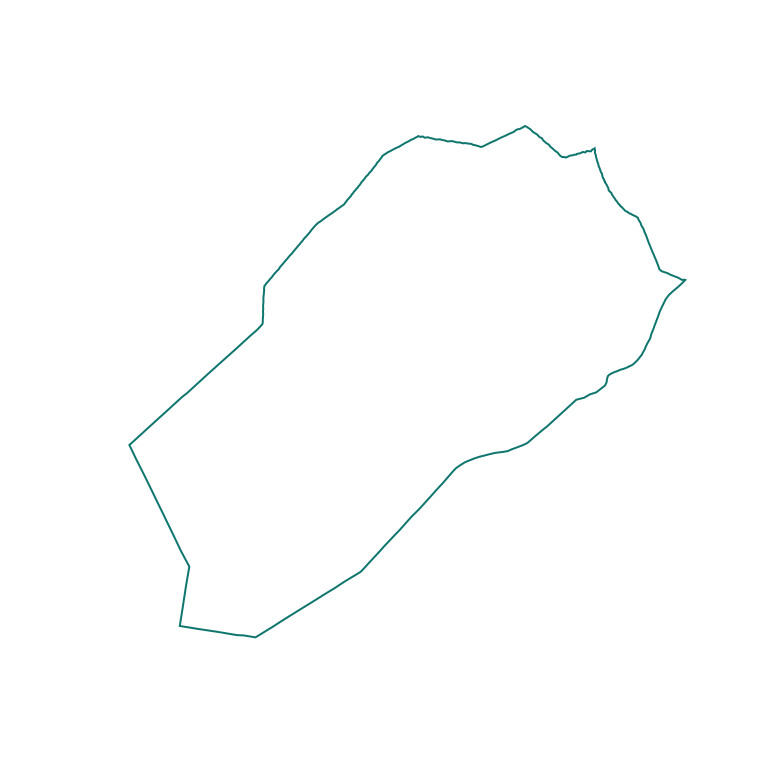 Koungheul, Kaffrine, Senegal (Natural Earth projection), rotated 225°
{"feature_id": "50182788B42114348275286", "entity_name": "Koungheul", "entity_type": "district", "adm_level": 2, "iso_a3": "SEN", "parent_name": "Senegal", "parent_adm1": "Kaffrine", "projection": "natural_earth1", "projection_center": [-14.806, 14.237], "detail": "fine", "context": "isolated", "style": "outline", "palette": "teal", "viewbox_px": 768, "rotation_deg": 225, "n_neighbors": 0, "source": "geoboundaries", "source_scale": "gbopen_adm2", "svg_char_len": 5706}
<svg xmlns="http://www.w3.org/2000/svg" viewBox="0 0 768 768"><g transform="rotate(225 384 384)"><path d="M244.5,670.6L245.1,670.4L246.9,668.3L250.8,667.3L253.3,666.2L256.0,665.0L258.8,663.8L261.7,662.9L267.4,660.1L270.2,659.8L274.1,661.7L279.1,663.9L288.6,667.7L297.4,671.4L304.4,674.7L305.1,674.8L305.5,675.1L306.1,675.3L307.0,675.6L308.0,676.1L308.9,676.5L309.7,677.0L311.2,677.4L312.0,677.7L312.9,677.7L315.5,678.7L316.3,679.3L317.8,679.6L319.0,679.9L320.4,680.2L321.9,681.1L323.7,680.7L325.1,680.4L326.5,679.8L328.1,679.2L329.7,678.9L331.3,678.1L332.8,678.0L334.7,677.4L335.8,677.1L337.6,677.1L339.2,677.1L340.7,677.3L342.6,676.9L344.0,677.3L345.8,677.2L347.4,677.6L349.0,677.8L350.7,677.9L352.1,678.4L354.0,678.6L355.2,678.9L355.9,679.0L356.7,679.2L357.4,679.4L358.1,679.8L358.4,679.9L359.5,679.8L359.8,679.8L360.7,679.8L362.0,679.8L363.3,680.7L364.1,681.2L365.4,681.6L367.1,682.2L368.7,682.6L370.3,682.8L370.7,683.4L372.3,683.6L373.0,684.1L373.9,684.5L374.6,684.4L376.3,685.3L377.9,686.4L379.0,686.9L380.6,687.3L382.7,688.3L384.2,689.1L385.4,689.5L386.2,689.8L387.6,690.8L389.3,691.6L391.8,692.8L392.7,693.5L394.6,694.4L395.5,695.2L396.3,695.7L396.4,695.8L397.1,696.0L398.2,696.5L399.0,697.4L400.2,698.6L400.9,699.0L401.6,699.5L401.6,698.7L401.8,698.2L402.4,697.6L402.5,697.1L402.2,694.9L403.4,693.8L404.2,693.0L405.4,692.1L405.4,690.1L405.9,689.7L407.5,688.7L408.2,686.3L409.0,685.1L410.3,683.1L410.2,682.2L411.5,680.8L412.6,678.7L413.8,677.3L414.7,675.0L415.5,672.7L417.3,671.9L418.2,670.6L418.5,670.5L420.6,670.0L422.4,670.1L425.0,670.4L428.2,669.8L431.7,669.7L434.1,669.4L436.6,669.8L440.3,669.0L443.6,668.9L446.5,669.4L448.4,668.6L452.2,668.7L456.7,667.6L460.7,667.6L464.8,666.8L466.5,666.2L466.8,666.0L467.0,664.9L467.4,663.2L468.4,660.2L469.7,658.5L470.3,656.7L470.4,654.5L471.4,651.7L472.4,649.4L473.6,645.7L475.2,641.7L475.6,640.6L476.5,637.9L477.6,634.5L479.3,630.2L480.6,626.4L482.1,621.8L483.1,620.1L485.4,619.0L488.4,617.3L490.1,616.1L491.9,615.6L494.7,613.4L496.9,611.8L498.3,610.1L501.4,608.3L503.4,606.3L505.8,605.0L507.0,604.4L508.8,602.6L510.4,600.6L513.5,599.0L515.8,597.5L517.4,596.6L520.4,593.4L522.4,592.4L524.7,591.0L527.5,589.4L529.3,587.0L531.8,586.3L532.8,584.6L535.0,583.6L535.4,582.0L536.2,579.5L536.6,577.7L537.4,576.3L538.1,573.4L538.9,571.0L539.6,568.9L540.1,566.6L540.7,564.3L541.1,562.5L542.1,560.1L542.7,558.3L543.2,556.7L543.7,555.1L544.2,553.2L544.8,551.6L545.3,550.0L545.6,548.0L546.0,546.8L546.2,545.0L546.4,543.9L546.2,543.5L546.1,543.0L545.9,542.4L545.8,541.1L545.6,539.5L545.4,538.6L545.3,537.1L545.4,536.2L545.2,535.4L544.6,532.8L544.4,531.0L544.5,530.9L544.2,529.0L544.0,527.1L543.6,525.8L543.7,523.2L543.3,520.7L543.4,517.6L543.1,516.4L542.8,514.5L542.7,512.7L542.6,510.6L542.2,509.0L541.9,507.7L541.8,505.3L541.4,504.0L541.6,502.3L541.3,501.5L541.2,498.3L540.8,497.0L540.8,495.1L540.3,493.7L540.3,491.7L540.1,490.3L540.1,488.2L539.9,487.4L539.7,486.3L539.6,485.0L539.4,483.7L539.2,482.6L539.3,481.6L539.8,480.0L539.9,478.8L540.1,477.7L540.2,476.8L540.6,474.7L540.8,473.9L540.8,472.8L541.1,471.1L541.4,469.3L541.5,468.4L541.6,467.8L541.7,467.6L541.8,466.9L541.9,466.4L542.1,465.5L542.2,465.2L542.4,464.1L542.7,461.8L543.0,460.8L543.1,459.6L543.5,457.6L543.6,456.1L543.9,454.4L544.2,452.7L544.5,451.6L544.6,450.9L544.6,450.4L544.6,449.6L544.6,448.3L544.6,446.7L544.5,445.0L544.3,443.1L544.1,440.8L543.8,439.2L543.6,437.1L543.5,435.1L543.5,434.5L543.3,433.3L543.4,431.6L543.2,429.6L542.9,427.7L542.8,425.7L542.7,424.6L542.5,423.4L542.4,421.6L542.3,420.1L542.1,418.4L542.0,416.7L541.8,415.1L541.8,413.7L541.6,412.6L541.4,411.7L541.4,410.8L541.4,409.6L541.4,408.1L541.3,407.1L541.1,405.1L541.0,403.8L540.9,402.7L540.7,399.9L540.6,398.3L540.4,397.2L540.4,395.9L540.3,394.5L540.1,392.4L539.7,391.7L539.6,389.8L539.6,387.9L539.5,385.3L539.3,383.1L539.1,381.7L538.8,379.7L538.8,378.0L538.6,376.2L538.4,374.1L538.3,371.6L537.9,369.6L537.9,368.8L537.3,368.1L536.5,366.8L535.5,366.1L534.0,364.3L532.9,363.0L532.4,362.4L532.0,361.9L531.9,361.7L530.4,359.9L529.4,358.8L527.2,356.7L524.8,353.8L522.5,351.7L520.9,349.7L519.1,348.3L517.4,346.3L515.3,343.9L514.2,342.8L513.3,341.9L512.3,340.3L512.0,332.8L512.7,322.6L513.5,304.4L514.5,286.4L515.5,268.3L516.3,250.2L516.8,238.3L517.6,232.1L518.4,214.0L519.3,195.9L519.7,187.2L520.1,177.8L520.9,160.8L505.5,155.4L489.3,150.1L473.3,144.6L457.2,139.0L447.5,135.7L447.2,135.6L441.0,133.4L425.4,128.0L409.0,122.2L392.5,117.2L381.0,100.9L369.3,85.0L357.3,68.5L341.5,79.9L326.1,91.3L310.6,102.3L305.7,106.8L295.7,114.0L291.9,130.0L291.7,130.9L291.5,131.4L289.2,142.2L287.0,151.9L283.9,165.2L280.9,177.8L277.2,194.0L274.7,204.1L273.3,211.0L273.0,212.5L272.2,216.3L267.7,234.6L267.7,237.8L268.1,245.7L268.4,253.6L268.7,261.5L269.1,268.8L269.2,271.6L269.4,278.3L269.6,285.0L269.7,291.8L270.7,309.2L270.7,321.2L271.5,337.4L272.0,345.8L272.3,354.5L273.5,371.6L273.6,375.1L272.9,379.4L271.5,385.7L269.9,389.6L267.1,396.1L264.8,400.5L264.4,401.1L264.1,401.6L263.8,402.2L263.0,403.4L259.6,409.2L256.9,413.6L251.2,421.0L249.1,424.0L247.3,428.6L246.7,429.8L242.3,439.6L240.9,443.7L240.2,453.8L239.4,463.1L238.7,469.2L238.1,482.4L237.5,495.7L236.9,508.9L232.7,515.9L231.1,522.2L228.0,528.2L227.6,531.2L226.8,538.2L226.7,539.5L228.0,543.0L229.4,544.5L230.8,547.0L231.3,548.0L231.2,550.1L230.5,552.7L229.9,554.2L229.3,555.8L228.2,557.9L226.9,561.3L225.3,564.1L224.0,567.1L223.3,569.1L222.0,572.8L221.7,574.8L221.6,578.1L221.7,581.2L222.2,584.8L222.4,587.2L223.0,588.7L224.4,593.6L225.2,595.1L226.6,599.2L228.0,604.4L230.4,608.6L232.6,613.8L234.0,616.7L238.0,625.6L240.2,630.2L240.5,630.9L242.0,635.1L244.7,642.9L245.5,648.5L245.3,653.8L244.7,660.8L244.5,664.6L244.5,668.9L244.5,670.6Z" fill="none" stroke="#0f766e" stroke-width="2"/></g></svg>